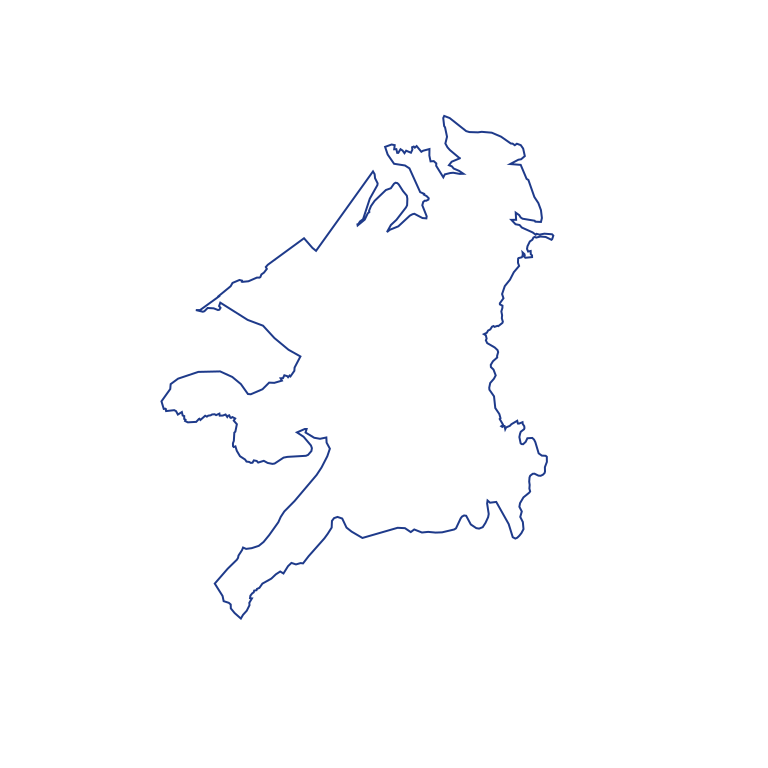 outline of Tarandacuao, Guanajuato, Mexico, rotated 34°
{"feature_id": "50627088B84371982021129", "entity_name": "Tarandacuao", "entity_type": "district", "adm_level": 2, "iso_a3": "MEX", "parent_name": "Mexico", "parent_adm1": "Guanajuato", "projection": "equal_earth", "projection_center": [-100.532, 19.999], "detail": "fine", "context": "isolated", "style": "outline", "palette": "blue", "viewbox_px": 768, "rotation_deg": 34, "n_neighbors": 0, "source": "geoboundaries", "source_scale": "gbopen_adm2", "svg_char_len": 6165}
<svg xmlns="http://www.w3.org/2000/svg" viewBox="0 0 768 768"><g transform="rotate(34 384 384)"><path d="M463.0,298.7L462.1,297.6L460.8,293.7L459.1,292.4L455.3,291.8L446.7,292.4L444.0,290.8L443.7,289.0L441.2,286.7L439.0,286.8L440.6,284.0L440.4,281.5L441.6,279.3L441.5,276.1L442.4,274.7L443.7,274.8L445.5,272.4L446.4,272.1L448.0,267.2L447.7,265.9L444.9,263.6L443.5,261.0L440.7,258.2L439.6,254.7L438.4,252.8L435.6,253.2L434.9,252.3L435.1,246.1L431.6,243.4L429.4,235.3L430.1,227.1L429.1,218.7L430.0,210.6L427.3,208.6L425.1,205.1L425.1,204.4L427.3,202.0L427.4,200.9L426.4,198.6L425.3,197.4L427.8,197.8L428.8,198.7L429.0,200.0L430.6,200.3L435.8,196.0L434.8,194.6L433.1,194.3L431.2,191.7L429.4,193.6L427.0,192.0L425.9,189.5L425.2,184.3L426.3,181.5L426.0,179.0L426.7,177.8L428.3,177.5L431.2,174.3L435.8,171.7L442.2,170.8L442.4,169.8L441.4,166.3L439.6,165.9L432.9,169.7L429.4,173.2L426.5,174.2L426.3,175.4L422.5,175.2L410.8,177.2L407.5,176.4L403.7,178.0L397.8,176.7L401.7,174.0L397.4,168.3L401.7,168.4L404.1,169.5L406.4,169.5L417.6,164.4L418.7,164.8L423.5,161.9L422.1,158.1L416.9,152.1L410.8,147.7L404.1,144.9L389.6,134.1L387.5,134.2L374.8,125.9L365.6,131.1L370.0,122.9L372.0,121.0L373.3,116.3L367.7,111.0L363.8,109.5L359.8,110.5L358.9,112.9L356.2,112.8L354.7,113.7L342.7,113.5L332.8,115.4L324.0,120.3L321.2,122.8L313.9,127.4L310.7,128.4L289.7,126.8L284.0,128.1L284.4,130.4L289.6,136.5L291.1,137.1L298.0,143.8L300.4,150.3L304.3,152.3L307.8,153.2L320.3,154.5L321.1,153.8L315.8,161.9L315.5,166.3L318.5,165.6L321.3,166.4L327.1,165.3L332.3,165.3L329.2,167.5L323.2,170.2L320.9,172.1L317.2,176.2L317.6,179.5L305.2,173.9L304.0,171.9L300.6,171.4L298.1,173.4L293.9,169.3L290.3,163.8L286.0,168.7L285.1,170.6L278.0,168.5L277.4,170.8L275.9,170.5L274.9,172.0L276.5,173.9L277.0,177.2L271.9,178.2L271.9,181.2L268.9,180.1L266.4,180.1L266.6,184.4L265.7,185.0L262.9,182.4L261.2,183.7L259.3,180.0L256.4,181.2L252.3,186.8L258.7,191.7L269.2,195.8L279.2,191.1L284.5,191.0L306.7,204.7L310.9,203.9L311.1,204.7L314.3,204.4L317.2,205.0L317.7,206.3L316.5,208.5L315.3,209.2L314.7,211.1L315.8,214.4L325.6,221.1L326.5,223.0L323.1,224.9L314.0,225.9L312.7,227.3L311.3,229.9L307.7,245.3L302.6,252.9L301.5,256.4L300.8,248.3L302.5,241.0L303.5,225.3L303.2,222.9L299.8,217.4L297.6,215.1L291.8,213.4L284.6,210.3L282.7,210.0L281.0,210.7L280.3,212.4L280.2,217.9L277.1,222.1L273.8,237.4L273.7,243.8L274.8,248.9L275.7,249.6L275.1,251.6L276.1,258.5L273.5,267.3L272.7,266.5L273.3,265.7L273.2,262.7L274.5,259.1L268.6,238.3L267.3,222.8L266.5,221.2L261.5,218.4L258.9,215.3L256.0,213.9L253.2,311.6L248.6,311.2L236.2,307.9L221.0,350.1L220.6,353.1L222.5,354.1L222.2,358.8L221.1,361.7L221.7,364.5L221.3,365.4L219.1,366.9L214.2,374.6L209.5,378.5L209.0,378.7L208.5,377.7L206.0,378.6L201.9,384.9L202.2,388.7L197.7,403.7L198.2,403.7L190.2,425.5L186.7,427.9L193.4,425.4L194.4,424.1L195.3,419.6L200.5,416.5L205.0,415.5L206.0,414.4L205.9,412.3L203.7,411.6L202.8,408.1L235.1,407.1L251.1,403.3L267.5,407.2L285.7,409.0L299.3,407.9L300.7,420.4L302.3,423.2L302.2,430.0L301.0,429.8L300.7,432.0L299.4,431.6L296.5,432.5L297.0,435.6L295.1,437.1L297.5,438.3L292.4,444.4L288.0,447.1L286.2,456.3L279.3,467.0L276.8,468.4L265.4,464.1L254.3,463.0L241.1,465.2L223.3,477.8L210.3,494.7L207.2,503.4L209.6,507.7L209.2,522.8L215.3,527.8L216.3,526.8L218.1,526.8L217.3,527.2L218.5,528.3L224.7,523.0L226.8,522.8L230.2,524.6L232.1,520.3L234.7,522.7L236.3,522.3L237.9,524.7L239.4,524.6L239.7,525.9L242.8,525.5L249.5,520.4L250.1,516.5L250.4,516.0L251.9,516.5L253.5,510.3L255.4,510.1L256.0,508.5L257.8,506.9L258.5,505.4L260.5,503.8L262.2,503.7L264.1,500.6L265.5,502.1L268.0,500.3L269.7,497.9L272.5,499.0L272.5,497.4L273.2,496.5L275.3,497.8L276.1,497.7L276.8,496.2L279.9,495.8L279.9,498.4L284.5,499.6L287.4,506.6L287.1,508.0L291.3,515.1L291.9,517.6L293.6,520.0L294.6,520.3L295.7,518.8L299.3,521.7L305.0,524.4L311.1,524.3L313.4,525.2L315.8,524.0L317.7,523.9L319.0,522.8L318.8,520.1L321.5,519.0L323.6,519.5L327.3,514.9L331.7,514.5L336.2,512.6L337.8,511.1L341.9,501.2L344.7,498.4L359.4,487.2L360.7,485.2L361.3,480.2L360.1,477.5L357.8,475.8L346.9,472.7L338.9,472.8L343.5,465.6L345.0,464.6L346.1,468.1L356.2,467.6L361.6,465.2L366.1,460.6L369.2,464.7L375.3,467.9L377.4,475.6L378.9,488.2L379.0,497.1L375.3,531.0L372.6,545.4L372.7,551.9L373.7,557.7L373.3,573.5L372.5,582.3L370.7,588.2L366.1,594.1L361.9,597.8L358.6,598.4L359.2,601.1L359.3,607.6L360.2,609.7L360.3,611.9L357.7,624.5L355.3,644.1L368.7,650.0L372.5,653.7L377.7,652.2L380.2,652.5L382.5,655.7L388.2,657.4L396.5,658.5L396.2,654.2L397.0,648.7L396.2,642.6L394.7,640.7L394.4,635.6L392.7,636.5L391.6,634.2L391.8,631.3L392.5,629.6L391.9,627.9L393.6,626.3L393.3,624.9L394.7,622.7L394.8,617.5L399.4,608.4L400.8,602.2L402.8,597.5L406.6,597.3L406.3,588.7L407.3,584.1L411.9,582.8L415.0,579.1L417.2,578.0L417.8,568.8L420.9,545.3L421.1,539.7L420.9,532.3L417.4,526.6L417.6,523.1L419.8,520.2L424.6,518.9L433.2,524.0L439.7,524.5L452.2,523.7L475.7,495.6L482.0,491.8L489.0,491.8L490.4,487.7L498.5,485.9L503.3,481.9L509.9,478.3L515.1,474.5L523.5,465.4L524.4,463.4L522.7,452.5L522.8,450.3L523.9,448.2L525.8,447.3L534.5,451.9L541.1,451.9L543.7,450.7L545.9,447.5L545.8,442.4L544.8,436.2L543.5,433.2L536.3,425.4L535.0,422.7L538.3,423.1L543.0,419.0L565.7,430.4L576.4,439.0L579.3,438.7L580.4,437.0L581.0,434.3L581.3,430.8L580.8,426.3L576.3,420.8L571.3,418.0L569.5,412.6L564.9,410.1L563.4,406.7L563.0,400.0L565.2,392.7L565.2,391.3L563.0,389.4L561.2,386.2L559.0,383.8L556.9,380.1L556.5,378.3L557.5,375.3L558.9,374.2L563.3,373.6L565.2,372.5L566.5,370.3L566.9,368.0L566.4,366.5L563.9,363.0L562.6,357.5L559.7,353.3L558.2,353.1L554.9,355.1L551.0,355.0L542.0,347.6L539.5,346.2L537.1,345.8L533.2,348.8L533.8,352.7L533.0,356.1L531.6,356.9L530.4,356.7L525.9,352.3L524.6,349.1L524.1,347.1L525.4,343.2L525.1,342.0L523.8,340.5L521.4,339.6L520.2,338.2L518.0,341.4L517.1,341.9L515.0,340.0L512.1,346.1L511.7,348.4L509.5,351.7L509.8,353.7L507.4,351.4L506.8,351.7L506.1,353.4L504.9,353.4L505.5,352.0L505.3,351.1L499.5,348.3L499.7,347.2L496.4,344.4L489.7,341.7L482.1,332.7L474.6,329.8L473.3,328.2L471.5,323.8L472.2,318.2L471.8,314.4L466.7,310.8L463.2,310.2L461.8,308.4L461.6,304.2L463.0,298.7Z" fill="none" stroke="#1e3a8a" stroke-width="2"/></g></svg>